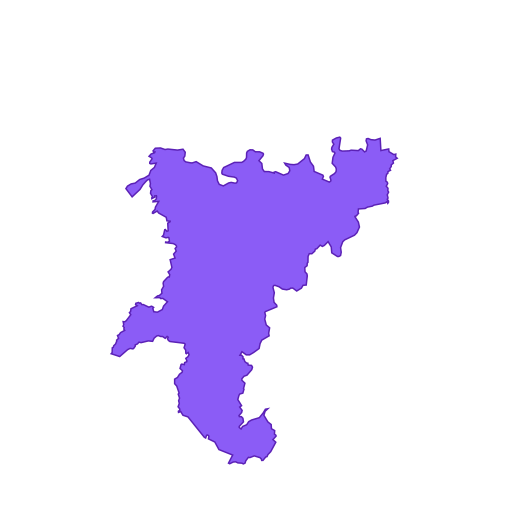 Chila de la Sal, Puebla, Mexico (Robinson projection), rotated 44°
{"feature_id": "50627088B42910044871865", "entity_name": "Chila de la Sal", "entity_type": "district", "adm_level": 2, "iso_a3": "MEX", "parent_name": "Mexico", "parent_adm1": "Puebla", "projection": "robinson", "projection_center": [-98.469, 18.149], "detail": "fine", "context": "isolated", "style": "filled", "palette": "violet", "viewbox_px": 512, "rotation_deg": 44, "n_neighbors": 0, "source": "geoboundaries", "source_scale": "gbopen_adm2", "svg_char_len": 6152}
<svg xmlns="http://www.w3.org/2000/svg" viewBox="0 0 512 512"><g transform="rotate(44 256 256)"><path d="M395.7,376.3L395.6,371.7L394.9,371.1L393.0,371.3L390.7,368.6L387.1,369.5L384.0,366.7L379.8,367.1L372.3,365.1L370.4,361.3L370.6,357.7L369.2,359.7L370.2,364.0L370.7,370.0L366.8,376.9L365.8,380.2L366.5,383.8L364.8,387.9L365.4,390.8L363.0,391.0L362.3,390.2L362.2,384.0L359.3,381.8L357.1,381.7L355.6,383.1L354.6,382.6L354.4,378.6L353.3,376.7L349.2,376.0L349.6,373.7L342.6,371.9L340.5,368.0L340.2,366.5L341.8,363.8L339.9,360.2L339.1,360.0L336.4,355.2L332.2,355.2L331.1,354.1L330.9,350.8L332.3,348.0L331.9,340.7L330.7,338.4L328.8,337.8L326.2,339.9L324.6,338.8L323.7,339.5L321.3,339.7L318.8,338.4L318.1,339.0L316.6,337.5L314.5,337.4L313.4,338.5L312.4,334.6L317.6,333.9L320.1,331.5L321.3,327.1L322.5,320.4L319.8,316.2L318.6,312.5L320.9,304.3L318.8,302.8L315.7,298.2L311.3,298.5L306.1,295.3L304.3,292.2L301.5,290.5L301.4,289.4L306.3,278.0L305.1,277.0L301.2,276.8L297.7,274.1L294.7,269.7L290.1,266.9L289.3,265.5L289.4,264.6L290.4,263.7L294.0,262.1L297.9,261.5L301.5,259.0L303.1,256.5L303.2,255.1L304.8,253.5L309.6,252.9L311.0,247.6L310.2,244.4L312.3,242.0L306.7,234.7L305.1,233.5L302.2,233.3L299.1,230.4L299.5,227.5L297.8,225.5L297.8,224.5L293.7,220.1L292.7,217.3L294.6,215.6L294.9,211.7L293.9,209.8L294.7,208.5L294.6,203.6L297.1,203.0L297.8,200.9L297.9,195.6L303.8,197.2L308.3,201.1L314.9,199.8L315.9,198.9L316.5,196.9L314.7,194.1L311.0,191.2L308.5,185.5L308.6,182.8L312.4,172.6L312.4,169.1L310.3,163.3L306.1,160.5L299.8,159.0L299.6,158.5L300.3,157.5L300.1,154.0L299.1,153.7L297.0,151.0L301.5,146.0L302.2,143.4L305.0,139.4L305.5,137.5L312.1,128.0L312.4,125.9L314.2,126.6L314.0,125.3L313.1,124.4L311.0,124.0L310.7,122.6L307.9,120.8L307.0,117.9L305.5,117.5L303.9,115.6L301.2,115.3L300.4,112.4L299.2,111.7L297.4,111.9L294.9,109.4L293.2,106.5L293.4,104.9L292.3,103.6L293.2,100.9L291.6,100.5L291.1,97.6L290.0,96.5L290.3,93.7L288.2,92.3L289.7,87.6L287.5,87.7L285.8,85.6L284.7,87.3L279.2,88.6L277.1,86.8L272.6,93.4L263.6,85.1L261.1,89.9L257.8,92.5L255.0,93.6L254.1,95.0L255.2,96.7L259.1,98.5L262.3,103.9L261.8,105.7L258.0,105.6L256.7,106.3L256.4,109.1L250.9,113.8L250.0,115.6L245.2,120.6L243.0,121.7L241.2,121.2L235.0,112.4L233.7,112.3L231.8,115.3L230.5,119.5L231.7,120.9L234.3,121.5L235.1,125.1L236.1,126.6L238.5,127.8L240.0,126.9L241.3,127.1L242.8,131.5L246.4,136.4L251.4,136.7L253.3,137.6L255.0,139.7L255.2,142.2L254.1,147.0L254.5,147.9L257.2,149.4L257.7,150.2L257.4,151.9L250.3,154.6L249.2,151.9L247.9,151.4L239.1,154.8L235.0,151.5L229.8,150.6L223.3,147.1L221.9,148.5L223.2,152.3L222.1,160.9L219.9,163.9L216.9,166.4L212.1,169.3L214.3,169.9L218.4,169.3L221.1,171.2L221.8,174.3L219.6,178.7L211.6,181.7L210.8,183.1L211.5,183.7L206.6,186.4L203.3,189.5L200.2,188.9L195.9,185.4L191.9,185.4L191.4,179.1L190.6,177.5L189.7,177.2L186.3,178.5L183.1,181.5L180.0,181.9L177.9,183.8L177.1,186.7L177.7,188.4L180.8,191.8L181.4,193.4L181.3,196.6L180.7,198.6L175.5,203.6L171.3,214.8L172.1,217.9L173.8,220.1L175.0,220.5L180.8,217.8L185.6,214.3L187.8,213.6L190.5,214.6L191.2,216.9L190.3,218.2L187.0,220.3L185.6,222.4L183.8,228.3L179.8,230.0L176.1,228.7L172.7,226.0L169.2,224.2L162.7,223.7L155.4,227.9L147.4,229.7L145.5,233.3L144.4,234.3L140.1,237.1L138.0,237.3L135.8,236.0L135.4,233.6L133.0,230.5L129.3,229.9L126.0,234.3L118.3,240.3L116.6,242.6L112.3,244.6L108.7,248.4L108.9,251.9L110.0,252.3L111.0,251.4L111.3,252.2L109.7,255.5L109.8,258.6L112.8,257.9L113.7,258.3L114.4,262.3L115.3,263.2L116.4,262.8L119.7,258.5L121.4,262.9L120.9,267.6L122.9,272.2L121.5,277.5L119.2,281.8L118.5,287.4L116.1,290.9L115.0,295.0L115.6,297.9L125.8,299.5L126.3,288.7L125.2,283.5L125.0,278.8L125.1,276.6L126.1,274.7L129.7,277.2L131.3,279.5L135.0,280.6L135.0,282.1L136.6,284.2L140.7,285.4L140.6,286.5L141.2,287.1L142.3,283.9L141.4,283.1L142.5,281.8L142.9,282.0L144.6,284.1L144.6,286.8L143.7,287.8L144.3,288.6L148.1,284.3L149.7,290.7L151.0,292.6L151.0,296.1L151.7,297.1L152.4,296.9L153.7,292.3L156.1,292.7L164.5,290.5L167.5,292.6L170.1,290.6L170.4,291.1L169.7,293.7L175.3,298.9L174.7,300.2L172.4,299.9L172.1,300.5L174.9,305.1L175.0,307.1L178.6,305.5L179.9,303.6L180.7,303.4L183.5,305.5L182.9,307.5L181.3,308.7L181.7,309.2L187.9,304.5L190.4,303.8L191.9,304.1L192.6,304.7L192.6,306.8L195.2,307.9L195.4,311.9L199.2,313.7L196.8,318.3L203.4,322.6L204.1,324.6L203.8,328.5L206.9,329.3L208.2,331.3L207.4,332.0L207.2,333.4L207.3,338.6L208.1,340.1L210.6,342.0L211.6,345.9L214.2,348.2L213.9,351.6L212.9,353.1L212.5,356.0L215.8,352.7L216.9,352.9L218.5,351.2L224.1,350.4L224.3,356.2L225.8,359.6L224.1,364.9L221.2,367.1L218.2,365.4L218.1,364.1L216.5,364.4L215.6,364.8L214.5,367.2L208.7,369.2L207.6,370.3L205.6,369.9L205.1,370.8L203.8,371.0L202.4,373.5L203.1,374.6L205.1,374.3L202.7,380.8L204.3,383.0L204.3,384.7L206.7,385.2L207.6,392.6L207.3,394.5L206.0,395.5L208.5,397.2L209.1,398.9L210.9,399.0L211.7,400.4L213.2,400.7L211.8,405.2L212.2,407.7L211.6,409.4L214.3,410.7L214.2,413.4L214.9,413.9L216.1,416.9L216.0,419.3L216.8,421.0L216.4,421.9L219.6,425.4L219.7,426.9L227.8,423.0L228.7,412.5L229.6,410.0L232.0,408.3L232.2,407.4L231.8,404.8L230.9,403.9L231.8,401.6L231.7,399.2L233.5,398.2L237.5,391.9L240.9,389.2L239.8,385.9L240.1,382.6L241.0,381.1L243.4,380.1L244.7,378.8L247.9,378.3L247.9,375.6L249.3,375.4L249.8,377.0L251.7,377.6L253.5,377.3L264.9,368.7L266.3,368.6L268.0,372.0L270.7,372.5L273.1,374.7L273.8,374.7L274.2,372.5L276.4,373.5L277.0,375.8L276.6,378.4L279.1,379.4L279.6,380.2L278.7,382.2L279.9,383.9L277.7,385.3L277.5,386.1L279.5,389.7L282.8,389.6L283.6,390.9L283.1,394.2L283.9,397.9L283.0,401.1L286.2,404.4L289.3,404.6L295.9,408.0L296.0,409.4L299.7,411.3L300.9,413.9L303.2,415.3L304.7,418.6L307.1,418.9L308.3,419.8L308.0,421.6L308.9,422.3L309.9,420.2L314.1,421.3L318.8,419.0L344.7,422.3L346.2,421.9L345.0,419.3L345.6,418.3L347.3,418.3L348.8,420.6L355.6,418.4L363.8,421.0L377.5,415.4L380.1,424.1L381.4,423.7L382.7,420.1L384.3,418.2L386.7,417.4L389.8,414.8L391.3,414.4L392.0,412.6L390.9,410.4L390.4,406.1L391.6,405.3L393.6,401.0L398.9,398.3L400.7,398.3L402.1,399.1L403.0,398.2L402.6,393.9L403.3,392.6L402.5,390.6L402.5,386.5L399.6,376.2L395.7,376.3Z" fill="#8b5cf6" stroke="#5b21b6" stroke-width="1.5"/></g></svg>